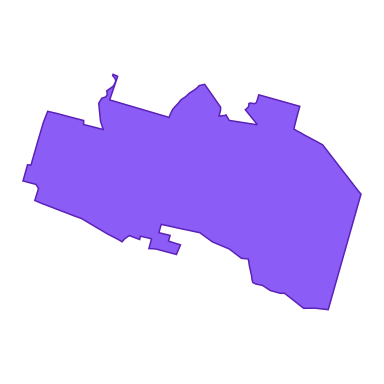 San Juan Chilateca, Oaxaca, Mexico (orthographic projection)
{"feature_id": "50627088B51184351888865", "entity_name": "San Juan Chilateca", "entity_type": "district", "adm_level": 2, "iso_a3": "MEX", "parent_name": "Mexico", "parent_adm1": "Oaxaca", "projection": "orthographic", "projection_center": [-96.673, 16.828], "detail": "fine", "context": "isolated", "style": "filled", "palette": "violet", "viewbox_px": 384, "rotation_deg": 0, "n_neighbors": 0, "source": "geoboundaries", "source_scale": "gbopen_adm2", "svg_char_len": 1830}
<svg xmlns="http://www.w3.org/2000/svg" viewBox="0 0 384 384"><path d="M117.7,76.3L113.1,74.3L112.6,75.5L115.1,78.6L115.8,81.0L114.1,84.7L113.0,86.4L106.8,90.8L107.2,94.6L105.9,96.8L101.7,98.3L98.7,103.3L99.1,107.1L99.4,110.2L100.5,121.1L103.2,129.5L83.6,124.5L83.7,120.5L68.2,116.5L57.5,113.6L47.7,111.3L43.4,122.3L37.7,141.6L31.0,165.0L27.5,164.8L23.0,181.0L36.0,184.4L38.5,188.5L34.8,200.5L42.1,203.6L74.7,216.1L81.4,218.5L107.4,233.9L117.9,239.3L122.1,241.8L124.8,238.7L129.3,235.6L139.6,239.5L140.4,236.2L148.2,238.0L151.5,238.8L148.9,248.6L153.7,248.8L156.3,249.1L157.0,249.3L163.0,250.9L176.4,254.5L180.5,244.9L168.5,241.1L170.1,235.4L158.9,232.7L161.2,224.4L164.0,225.0L167.9,225.8L179.9,228.5L199.8,232.7L212.6,242.0L229.3,249.0L241.4,258.3L248.3,259.0L249.6,267.1L251.5,275.3L252.0,279.6L252.9,282.6L256.1,284.1L258.7,284.6L262.5,285.4L270.3,290.5L280.2,293.3L284.6,293.3L303.6,308.3L315.3,308.2L328.2,309.7L361.0,194.1L358.5,191.2L322.7,144.9L317.7,142.1L313.0,139.6L306.6,136.2L303.4,134.5L302.0,133.5L301.4,133.2L299.3,132.1L298.9,131.9L298.3,131.6L296.1,130.4L294.0,129.1L294.2,127.7L294.3,127.4L294.5,126.4L297.6,114.2L299.8,106.3L298.3,105.9L258.8,94.8L257.0,100.9L256.1,102.8L255.0,103.5L254.6,103.7L252.5,103.3L250.1,103.0L248.9,103.5L248.8,105.4L248.1,107.3L245.3,109.7L257.0,124.2L256.2,124.6L229.2,120.4L227.5,117.5L226.1,115.1L226.0,114.9L225.0,115.4L219.1,116.1L220.6,110.0L220.6,109.8L220.6,108.6L220.6,107.1L204.7,84.4L203.7,84.5L199.1,85.6L197.6,87.4L194.1,90.2L189.5,93.0L185.6,96.7L182.6,98.7L180.9,99.9L178.2,103.3L174.6,107.1L172.6,109.5L171.5,111.7L171.3,112.0L171.2,112.3L171.0,112.7L170.9,113.0L170.7,113.5L170.5,113.9L170.3,114.3L170.1,114.8L169.9,115.2L169.8,115.6L169.6,116.0L169.4,116.5L169.2,116.9L169.1,117.4L109.7,99.9L117.7,76.3Z" fill="#8b5cf6" stroke="#5b21b6" stroke-width="1.5"/></svg>